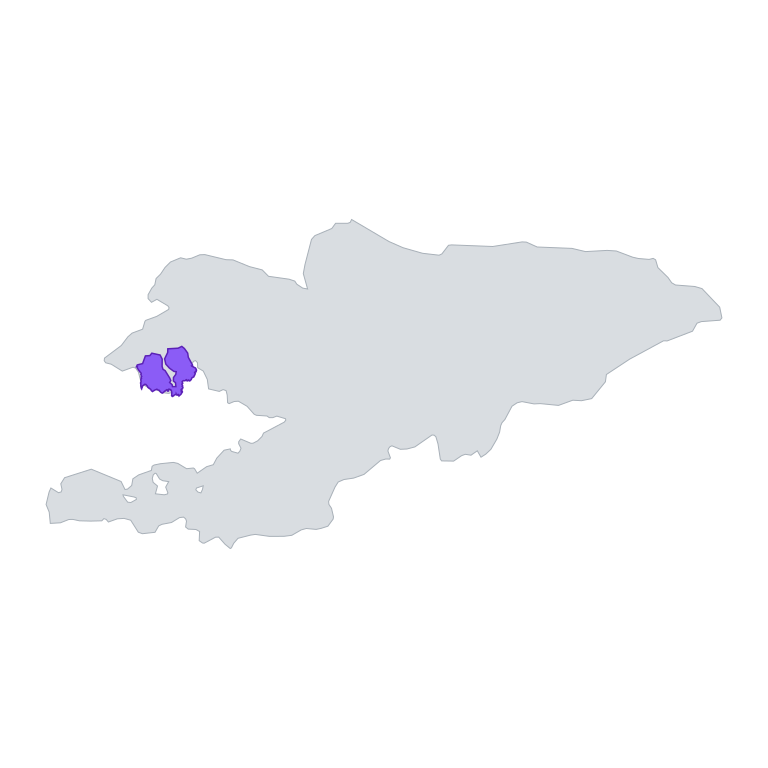 Ala-Buka, Jalal-Abad, Kyrgyzstan (highlighted)
{"feature_id": "92254566B39559079408831", "entity_name": "Ala-Buka", "entity_type": "district", "adm_level": 2, "iso_a3": "KGZ", "parent_name": "Kyrgyzstan", "parent_adm1": "Jalal-Abad", "projection": "mercator", "projection_center": [71.199, 41.407], "detail": "fine", "context": "in_parent", "style": "filled", "palette": "violet", "viewbox_px": 768, "rotation_deg": 0, "n_neighbors": 0, "source": "geoboundaries", "source_scale": "gbopen_adm2", "svg_char_len": 8329}
<svg xmlns="http://www.w3.org/2000/svg" viewBox="0 0 768 768"><path d="M152.1,466.3L154.1,465.0L160.5,463.7L173.4,462.4L177.8,463.4L186.6,468.7L193.4,468.0L194.6,468.8L197.2,473.2L206.6,466.7L213.3,464.7L216.8,458.1L224.1,450.2L230.3,448.9L230.5,450.2L231.6,451.4L238.0,453.2L239.9,451.1L241.0,448.2L238.7,443.7L238.7,441.8L240.7,439.0L250.9,443.3L253.1,443.2L257.7,440.8L262.0,436.5L263.5,433.1L284.3,422.1L285.8,420.1L285.5,418.7L276.8,416.1L272.9,417.6L269.2,417.6L267.0,416.0L256.4,415.3L254.1,414.2L247.1,406.3L238.4,401.2L234.2,401.5L229.1,403.6L227.6,402.7L227.2,395.1L226.1,390.6L223.1,389.6L219.3,391.4L208.6,388.9L207.3,379.4L203.3,371.1L197.7,367.7L197.5,362.7L195.5,360.6L193.8,361.2L191.7,363.7L192.7,369.3L191.9,374.8L190.6,377.6L188.2,379.7L185.4,379.7L180.5,376.9L179.8,393.7L178.8,394.7L173.0,392.4L168.4,393.4L161.5,392.4L156.3,389.6L146.2,386.5L141.4,383.4L138.4,372.1L135.6,368.1L133.0,367.2L122.3,371.1L111.2,364.2L105.7,362.8L104.2,360.7L104.5,358.1L121.3,345.5L127.9,336.8L132.1,333.1L142.6,329.2L145.0,321.2L145.9,320.3L156.7,316.4L168.7,309.4L169.0,307.5L167.8,305.8L156.9,299.3L151.5,302.3L148.1,298.6L148.1,294.7L151.8,288.1L154.8,284.8L156.1,278.5L160.5,274.2L165.0,267.5L170.5,262.0L180.6,257.8L186.3,259.2L191.6,258.2L199.8,254.8L204.8,254.6L226.0,259.7L233.0,259.9L249.4,266.6L262.2,269.9L268.5,276.3L289.1,279.2L294.8,281.1L296.8,284.2L302.7,288.1L307.6,289.0L303.3,273.6L305.0,264.5L311.5,239.4L314.9,235.6L331.8,228.5L335.6,223.3L347.7,223.3L350.2,222.4L351.6,219.5L388.9,241.5L403.0,247.7L422.6,253.3L439.1,255.2L441.9,253.9L448.5,245.3L451.6,244.9L492.7,246.5L522.1,241.9L526.3,242.1L537.2,247.0L572.0,248.4L585.5,251.6L607.2,250.4L616.3,251.0L632.7,257.2L638.4,258.5L649.1,259.4L653.2,258.4L655.6,259.8L657.9,267.6L668.0,277.5L671.7,282.8L675.5,285.0L694.8,286.5L702.0,288.6L719.7,307.2L721.9,317.9L720.1,320.2L701.3,321.6L697.0,323.2L692.5,331.2L667.2,340.9L663.5,340.8L629.7,359.1L606.4,374.5L605.4,381.8L591.7,398.6L581.5,400.7L572.8,400.2L558.5,405.4L540.2,403.6L534.0,403.9L522.0,401.6L517.1,402.8L512.0,406.2L504.9,419.5L502.0,422.7L500.7,425.7L499.6,432.1L496.9,439.0L490.9,449.3L485.8,454.1L481.0,457.2L477.3,450.8L471.0,455.2L465.3,454.3L461.7,455.6L453.6,461.1L441.6,460.9L440.3,459.0L438.0,443.9L435.9,436.8L434.2,435.2L432.0,435.0L414.9,446.9L406.9,449.0L400.4,449.3L391.9,445.8L390.0,446.7L388.5,448.6L387.9,451.0L390.4,457.8L389.7,459.1L385.8,459.0L380.5,460.5L364.0,474.4L353.6,478.1L344.0,479.5L338.2,482.0L335.0,487.1L328.6,501.4L328.9,504.4L331.5,508.3L333.5,516.9L333.1,519.1L327.9,526.2L321.3,528.3L316.2,529.4L306.3,528.5L301.2,529.9L291.8,535.3L284.1,536.3L269.6,536.4L255.3,534.4L250.6,535.1L238.0,538.3L233.7,543.3L231.4,547.9L230.2,548.5L225.1,544.3L218.7,537.1L215.5,537.2L204.2,543.2L202.5,543.0L199.2,540.7L199.6,531.5L196.0,529.5L188.2,529.1L185.6,527.0L186.5,521.1L185.6,518.8L183.6,517.1L179.5,517.6L171.5,522.5L162.0,524.3L158.7,525.9L155.0,532.3L142.4,533.7L138.3,532.2L130.7,520.2L124.1,518.4L117.4,518.8L108.4,522.0L106.2,519.4L103.9,518.6L101.8,520.8L90.7,521.1L79.4,520.8L72.9,519.4L68.8,519.5L60.4,522.8L50.3,523.4L49.2,512.1L46.1,504.5L49.1,492.0L50.9,488.0L58.5,492.7L61.2,491.9L62.0,489.4L60.8,483.8L64.6,477.7L91.3,469.2L121.1,481.5L125.0,489.5L127.5,489.1L131.7,485.5L132.9,478.8L138.7,474.9L151.4,470.4L152.1,466.3ZM167.4,494.0L167.9,492.9L165.7,487.1L168.7,481.6L162.7,480.7L159.6,479.0L156.2,473.5L155.1,473.2L153.3,474.8L152.3,478.4L153.1,482.3L157.5,486.0L155.4,493.8L164.3,494.8L167.4,494.0ZM136.4,499.4L136.2,497.8L134.1,497.0L123.0,494.8L123.4,496.4L127.7,502.2L130.9,502.5L136.4,499.4ZM202.5,489.4L203.2,485.8L196.5,488.0L195.8,489.8L198.0,492.1L200.9,492.9L202.5,489.4Z" fill="#d9dde1" stroke="#a8b0b8" stroke-width="1"/><path d="M136.4,366.8L136.8,366.8L137.2,366.8L137.4,366.8L137.4,367.3L137.3,367.6L137.3,367.8L137.4,368.2L137.6,368.7L137.8,368.9L138.0,369.0L138.3,369.3L138.4,369.6L138.4,369.8L138.6,370.0L138.9,370.4L138.9,370.6L139.2,370.7L139.4,370.8L139.5,371.1L139.6,371.4L139.6,371.6L139.8,371.9L140.2,372.0L140.4,372.2L140.5,372.4L140.6,372.6L140.7,372.8L141.1,373.1L141.2,373.3L141.1,373.5L141.2,373.8L141.1,374.2L141.1,374.3L140.9,374.5L141.0,374.6L141.1,374.8L141.2,375.5L141.3,375.9L141.5,376.0L141.7,376.4L141.6,376.5L141.3,376.6L141.2,376.7L141.3,377.2L141.2,377.4L141.2,377.5L141.1,377.8L141.3,377.8L141.5,378.2L141.5,378.5L141.1,379.0L141.0,379.3L140.9,379.4L140.8,379.9L141.1,381.1L141.1,381.3L141.0,381.9L141.0,382.1L140.8,382.3L140.6,382.7L140.5,383.0L140.6,383.4L140.8,383.6L140.9,383.8L140.8,384.2L140.8,384.3L140.8,384.9L140.8,385.2L140.8,385.8L140.9,386.5L140.9,386.9L141.0,387.1L141.3,387.9L141.3,388.2L141.4,388.6L141.6,388.9L141.7,388.5L142.1,387.6L142.3,387.2L142.2,386.6L142.3,386.3L142.4,386.0L142.6,385.9L142.9,385.9L143.0,385.8L143.1,385.6L143.3,385.4L143.6,385.2L143.9,385.1L144.1,384.7L144.5,384.4L145.0,384.3L145.3,384.5L145.5,384.5L145.7,384.4L145.8,384.4L146.0,384.8L146.2,385.0L146.4,385.0L146.7,385.4L146.8,385.5L147.1,385.8L147.3,386.0L147.4,386.3L147.4,386.5L147.5,386.6L147.7,386.9L147.7,387.1L147.9,387.2L147.9,387.3L148.1,387.5L148.3,387.6L148.4,387.8L148.5,387.8L148.8,387.9L148.9,388.1L149.0,388.3L149.3,388.4L149.3,388.5L149.5,388.6L149.8,388.8L150.3,389.1L150.5,389.1L150.9,389.6L151.2,390.5L151.7,391.0L152.4,391.3L152.6,391.5L152.7,391.4L152.7,391.2L153.4,391.0L154.2,390.3L154.5,390.4L155.2,389.9L155.5,389.7L156.3,389.5L156.5,389.6L156.9,389.2L157.1,389.3L157.6,389.7L158.3,390.1L159.4,390.4L159.6,390.8L160.2,391.7L160.7,392.2L161.9,393.0L162.5,393.1L163.5,392.4L164.6,391.2L165.0,391.0L165.6,391.0L166.2,390.0L166.7,389.7L167.1,389.7L167.7,391.1L168.1,391.2L168.5,390.9L168.4,390.1L168.5,389.6L168.6,389.4L168.9,389.1L169.4,389.2L170.2,389.9L170.5,389.6L171.1,390.1L171.4,390.7L171.8,392.6L171.6,395.6L171.8,395.8L171.9,396.2L171.9,396.5L171.7,396.7L171.9,396.6L172.1,396.5L172.7,396.4L172.7,396.2L173.4,395.9L173.3,395.7L173.8,395.6L174.1,395.3L174.5,394.9L175.3,394.7L176.0,394.4L176.1,393.9L176.3,394.4L176.3,394.6L176.6,394.6L177.3,394.9L177.6,394.9L177.6,394.6L177.8,394.5L178.1,394.5L178.0,395.0L177.9,395.1L178.2,395.1L178.5,394.9L179.0,396.0L179.4,395.6L180.5,394.7L181.2,394.0L181.7,393.0L182.4,392.0L182.4,391.9L182.4,391.7L182.3,391.4L182.1,391.3L182.1,391.2L181.8,391.1L181.8,390.8L181.6,390.9L181.5,391.0L181.5,390.9L181.4,390.7L181.5,390.4L181.4,390.3L181.5,390.2L181.4,390.2L181.3,390.3L181.3,390.2L181.2,390.1L181.2,389.9L181.1,389.7L181.2,389.4L181.5,389.2L181.8,389.0L181.9,388.9L182.0,388.7L182.2,388.4L182.5,388.3L182.9,387.9L182.8,387.7L182.9,387.4L182.8,387.0L182.7,386.7L182.4,386.5L182.2,386.4L182.4,386.0L182.6,385.5L182.5,385.3L182.4,385.1L182.2,384.8L181.9,384.6L182.0,384.1L182.2,383.7L182.7,383.4L182.6,383.0L182.3,382.9L182.5,382.1L182.2,381.9L182.1,381.6L182.3,381.4L182.9,380.9L183.3,380.7L183.6,380.6L184.0,380.7L184.3,380.7L184.7,380.8L185.3,380.6L185.4,380.4L186.1,379.8L186.4,379.7L186.5,379.9L186.6,380.0L186.8,380.4L186.9,380.8L187.2,380.8L187.3,380.9L187.6,380.8L187.7,380.6L187.8,380.4L188.1,380.2L188.3,380.0L188.6,380.1L188.8,380.6L189.2,380.7L189.4,380.8L189.6,380.9L190.2,380.2L190.3,380.2L190.4,380.4L190.7,380.1L191.0,379.8L191.2,379.6L191.3,379.5L191.4,379.1L191.5,378.7L191.8,378.3L191.8,378.1L192.2,377.5L192.4,377.4L192.8,377.4L193.1,377.3L193.3,377.1L193.8,376.9L193.9,376.6L193.9,376.2L194.0,376.0L194.3,375.9L194.4,375.7L194.5,375.4L194.6,375.0L194.7,374.8L194.9,374.7L195.0,374.2L195.2,373.9L195.3,373.7L195.2,373.4L195.1,373.2L194.6,372.7L194.6,372.3L194.7,372.2L194.8,372.2L195.0,372.2L195.3,372.2L195.6,372.0L195.5,371.8L195.6,371.7L195.8,371.6L196.0,371.6L195.9,371.4L195.9,371.2L196.2,371.0L196.3,370.9L196.5,370.4L196.3,370.0L196.2,369.9L196.3,369.5L196.1,369.4L196.1,369.2L195.9,368.6L195.4,367.9L194.6,367.6L194.1,367.4L194.0,367.2L193.6,367.1L193.5,366.9L193.2,366.9L192.6,366.5L192.2,366.2L191.9,366.2L191.6,365.9L191.8,365.8L192.0,365.7L192.3,365.5L192.6,365.2L188.3,357.3L187.7,353.1L184.4,348.5L181.8,346.4L178.1,348.2L167.8,348.8L167.7,352.5L164.6,358.9L165.8,364.1L169.4,368.1L173.9,371.4L176.2,371.7L175.8,374.4L173.5,377.5L173.4,381.0L175.5,382.7L175.9,386.6L172.5,386.6L172.1,384.6L169.6,382.5L170.8,380.6L169.7,378.0L165.1,370.6L163.0,369.3L162.1,366.4L162.2,359.1L160.1,355.0L151.8,353.2L149.9,355.6L145.4,355.9L142.6,363.6L137.3,364.9L136.4,366.8Z" fill="#8b5cf6" stroke="#5b21b6" stroke-width="1.5"/></svg>